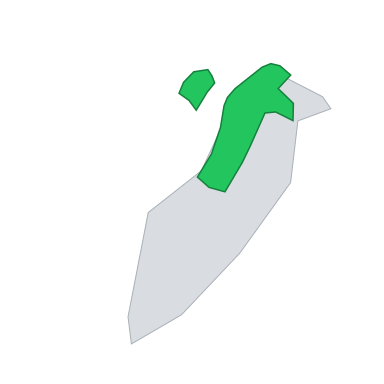 Ash Shamālīyah highlighted on a map of Bahrain, rotated 39°
{"feature_id": "BHR-4927", "entity_name": "Ash Shamālīyah", "entity_type": "Governorate", "adm_level": 1, "iso_a3": "BHR", "parent_name": "Bahrain", "parent_adm1": "", "projection": "mercator", "projection_center": [50.465, 26.145], "detail": "fine", "context": "in_parent", "style": "filled", "palette": "green", "viewbox_px": 384, "rotation_deg": 39, "n_neighbors": 0, "source": "natural_earth", "source_scale": "10m", "svg_char_len": 751}
<svg xmlns="http://www.w3.org/2000/svg" viewBox="0 0 384 384"><g transform="rotate(39 192 192)"><path d="M261.1,294.0L240.5,348.2L220.8,329.2L170.9,235.5L185.9,169.5L162.3,75.4L173.4,48.3L233.5,35.8L247.5,39.9L229.5,70.1L262.7,122.6L267.6,209.4L261.1,294.0Z" fill="#d9dde1" stroke="#a8b0b8" stroke-width="1"/><path d="M186.8,177.0L183.2,150.2L173.5,123.9L162.6,104.8L160.0,96.2L160.4,84.6L167.9,50.9L172.5,42.6L180.8,38.6L181.5,38.6L195.1,39.0L193.9,57.4L215.0,59.3L225.6,73.0L206.6,77.2L199.0,84.7L208.3,119.4L212.5,137.3L217.5,171.1L202.4,177.7L186.8,177.0ZM127.3,86.9L134.2,89.1L141.0,93.0L141.0,105.2L142.4,115.1L143.8,125.8L132.1,122.7L119.8,123.5L116.4,112.0L117.7,97.5L127.3,86.9Z" fill="#22c55e" stroke="#15803d" stroke-width="1.5"/></g></svg>